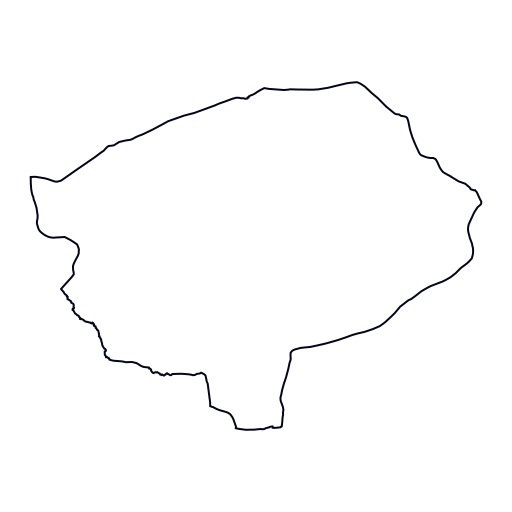 the district of Kham Sakaesaeng, Nakhon Ratchasima, Thailand
{"feature_id": "78962969B43347234276039", "entity_name": "Kham Sakaesaeng", "entity_type": "district", "adm_level": 2, "iso_a3": "THA", "parent_name": "Thailand", "parent_adm1": "Nakhon Ratchasima", "projection": "mercator", "projection_center": [102.11, 15.372], "detail": "fine", "context": "isolated", "style": "outline", "palette": "ink", "viewbox_px": 512, "rotation_deg": 0, "n_neighbors": 0, "source": "geoboundaries", "source_scale": "gbopen_adm2", "svg_char_len": 5829}
<svg xmlns="http://www.w3.org/2000/svg" viewBox="0 0 512 512"><path d="M471.8,258.4L472.6,255.4L473.0,253.5L473.1,251.4L473.1,250.2L472.9,247.6L472.5,246.5L472.0,243.7L469.9,238.1L468.4,232.3L468.0,229.9L468.1,227.4L468.8,224.1L474.2,212.4L477.5,207.3L480.5,204.7L481.2,203.6L481.3,201.7L479.7,198.6L476.9,192.4L475.1,190.2L474.7,190.4L474.2,190.3L470.8,189.3L470.6,189.1L470.4,188.6L469.8,187.6L465.2,183.7L458.7,181.4L450.7,176.5L450.7,176.4L444.6,173.1L442.9,171.9L441.7,170.5L439.8,167.6L437.2,161.8L435.6,159.2L434.4,158.5L433.1,158.0L430.5,158.0L427.8,157.6L425.3,156.9L421.2,155.2L420.3,154.5L419.2,152.9L415.5,145.0L412.4,137.4L411.0,133.0L410.0,129.6L408.2,120.9L407.2,118.1L406.9,117.6L405.7,116.8L404.0,116.3L400.9,115.8L399.1,114.5L397.7,114.3L396.1,114.2L394.6,113.5L386.2,106.6L378.1,98.4L371.8,93.1L365.0,86.7L360.5,83.7L357.1,82.2L350.9,82.7L346.3,83.4L337.4,85.5L328.0,87.8L317.9,89.4L312.2,89.7L297.1,89.5L290.2,89.3L288.0,89.7L283.8,90.0L268.9,88.9L264.3,88.1L259.9,90.3L254.0,94.1L251.2,95.3L250.6,95.4L249.4,96.2L248.8,96.4L248.6,96.7L248.7,97.4L248.6,97.5L247.6,97.5L247.4,98.5L245.2,98.8L244.2,98.4L243.0,98.2L241.6,98.3L240.5,98.2L239.7,97.9L239.1,97.8L236.3,97.7L236.0,97.8L232.3,98.8L224.8,101.6L219.6,103.4L214.7,105.5L194.1,113.0L184.1,115.6L168.4,121.1L153.0,129.4L142.6,134.4L139.1,135.7L135.9,137.1L132.4,139.0L130.3,139.8L124.9,140.6L119.2,142.0L113.9,145.3L111.7,145.7L108.6,146.0L106.9,147.2L103.4,151.0L101.3,152.3L95.4,156.8L76.1,170.1L61.1,180.6L58.8,181.3L56.7,181.7L55.6,181.6L54.3,181.4L48.1,179.2L44.7,178.3L36.9,177.0L34.6,176.8L30.7,177.0L30.8,183.5L31.2,189.0L31.8,192.7L32.5,195.3L33.2,196.8L33.8,199.9L34.6,201.7L35.2,203.5L36.5,207.8L37.2,212.3L37.2,212.7L37.6,214.9L37.6,217.1L37.5,218.3L37.0,221.3L36.9,222.8L36.9,223.6L38.3,228.3L38.9,229.7L39.8,231.0L41.1,232.3L43.3,234.1L45.2,235.3L47.2,236.3L48.4,236.8L50.5,237.4L51.9,237.6L53.9,237.7L56.1,237.5L59.7,237.3L64.6,237.0L70.3,239.9L76.4,243.9L77.2,244.6L78.4,247.6L78.7,248.5L78.9,249.9L78.7,251.9L78.8,253.1L78.7,253.3L78.0,255.5L75.6,259.9L73.8,263.6L73.1,265.7L73.0,266.3L73.0,267.3L73.1,269.7L73.8,273.5L73.8,274.1L73.5,274.7L71.8,277.0L61.3,288.7L61.1,288.9L61.1,289.2L63.4,291.7L64.8,294.0L66.8,295.5L66.9,295.8L66.7,296.3L66.8,296.5L67.5,296.6L67.7,296.8L67.5,298.8L67.5,299.1L67.8,299.3L68.5,299.5L68.8,299.8L69.3,300.0L70.0,300.7L70.8,301.1L71.2,301.7L71.2,302.4L71.2,302.6L71.8,303.0L72.6,303.4L73.1,303.7L73.4,304.1L73.6,304.5L73.8,305.2L73.5,307.1L73.5,307.3L73.9,307.5L74.0,307.7L73.8,308.4L73.4,308.9L73.3,309.0L72.7,309.0L72.5,309.8L72.8,310.1L73.3,310.3L73.4,310.5L74.0,311.5L74.6,312.6L75.1,313.5L76.1,314.1L77.3,315.3L78.2,315.5L78.7,315.9L79.3,317.3L79.9,317.5L80.0,317.7L80.1,318.4L80.0,318.7L80.0,318.9L80.5,319.1L80.9,318.9L81.5,318.8L81.8,319.2L83.5,319.8L83.9,320.5L84.9,321.1L85.5,321.6L86.5,321.7L89.2,322.4L90.3,322.6L90.9,323.1L91.3,323.4L91.8,323.4L92.1,323.4L92.3,323.2L92.3,322.7L92.6,322.6L93.1,323.1L93.2,323.7L93.8,324.1L94.1,324.3L94.1,324.7L93.8,325.2L93.9,325.4L94.3,325.7L94.3,326.1L94.8,326.3L95.5,326.4L95.6,326.5L95.8,327.3L95.7,327.7L95.7,327.9L96.6,328.6L96.7,329.1L97.1,329.9L97.7,330.1L98.3,330.9L98.7,332.7L99.0,333.6L98.9,334.0L98.9,334.6L99.0,335.0L99.2,335.4L99.0,336.4L99.2,336.5L99.5,336.5L99.7,337.1L100.0,337.4L100.1,337.7L100.3,337.9L100.4,338.4L100.8,338.8L100.8,339.3L101.3,340.2L101.3,341.1L102.0,343.2L102.3,345.3L102.5,345.7L102.8,346.1L103.5,347.4L104.1,348.4L105.1,348.9L105.3,349.1L105.5,349.7L106.0,350.3L106.0,350.5L105.7,351.0L104.8,351.5L104.7,352.1L104.8,354.7L104.9,355.0L105.6,355.7L106.0,357.1L106.7,356.9L106.9,356.9L107.6,357.8L108.5,357.9L108.9,358.2L109.2,358.7L109.3,358.9L109.2,359.3L109.3,359.5L111.6,360.3L113.4,360.7L122.1,361.4L125.9,362.2L131.3,362.0L133.0,362.2L136.4,363.1L137.1,363.4L140.8,365.8L143.8,367.0L148.9,367.5L149.0,367.7L149.1,368.5L150.0,368.6L150.3,369.0L151.0,369.4L151.1,369.7L151.1,370.4L151.2,370.9L152.2,372.2L153.3,373.1L153.5,373.1L154.0,372.7L154.7,372.7L155.1,372.4L155.6,372.2L156.0,372.2L156.7,372.4L157.4,372.2L158.8,373.2L159.7,373.5L160.2,374.5L161.0,374.5L161.4,375.0L161.6,374.9L162.0,374.5L162.3,374.5L163.2,375.2L163.7,375.5L164.2,375.5L164.7,374.9L165.7,374.5L166.2,373.7L166.5,373.4L166.9,373.3L167.2,373.3L167.4,373.4L168.0,374.1L169.3,374.5L169.8,375.0L170.5,375.2L171.2,375.1L172.0,374.3L172.6,374.0L179.7,373.8L181.8,373.8L188.7,374.3L191.1,374.7L192.9,375.2L194.7,375.0L196.9,373.9L197.6,373.8L199.7,373.5L200.3,373.3L201.1,372.7L201.4,372.8L204.1,374.2L204.7,374.7L205.5,375.5L206.4,379.6L206.5,380.7L206.7,381.3L207.7,383.7L210.1,402.3L210.2,406.2L213.3,407.2L216.6,409.0L220.0,410.3L225.8,411.9L228.1,412.8L229.9,414.0L231.0,415.2L232.6,417.6L233.5,419.6L236.0,426.7L235.8,428.2L239.0,428.9L245.8,429.8L250.7,429.7L253.7,429.7L260.7,429.0L261.8,429.2L263.0,429.2L264.4,429.0L265.9,428.1L268.9,427.5L269.4,427.0L269.7,426.9L272.5,426.4L272.7,426.6L272.7,427.7L274.3,427.9L277.0,427.7L280.4,427.3L280.5,427.2L280.8,426.8L281.3,426.7L281.8,426.3L281.8,425.4L282.1,423.7L282.5,418.6L282.8,415.9L283.1,415.0L283.0,413.7L283.0,413.2L282.9,412.6L283.1,412.1L283.2,411.5L283.2,410.3L283.4,409.6L282.8,406.6L281.3,402.6L280.6,400.4L280.5,399.1L280.5,397.4L281.3,394.4L282.1,390.1L284.0,383.4L286.1,377.1L288.3,368.9L289.4,363.6L289.9,361.8L290.6,359.8L290.7,359.0L290.5,355.1L290.6,353.9L290.6,353.0L291.5,351.5L292.8,350.4L294.8,349.5L300.2,348.0L301.4,347.8L310.5,346.9L317.5,345.4L325.8,343.5L332.9,341.5L339.0,339.7L346.9,337.0L352.3,335.0L357.6,333.5L364.8,331.8L372.8,329.1L379.8,326.1L383.7,323.3L385.7,321.7L391.7,316.1L394.7,313.2L399.1,307.9L400.1,306.7L408.5,300.2L410.2,299.5L411.7,298.7L416.9,294.8L421.3,291.3L427.0,288.0L430.8,286.0L442.9,281.4L446.2,279.7L450.7,277.1L455.9,273.0L459.7,269.1L461.2,267.7L467.0,263.4L469.0,261.5L471.8,258.4Z" fill="none" stroke="#020617" stroke-width="2"/></svg>